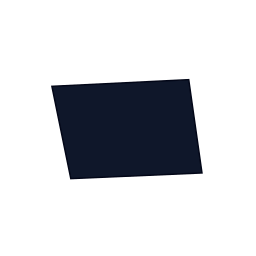 the district of Timisoara, Timis, Romania, rotated 213°
{"feature_id": "2599482B91737143557292", "entity_name": "Timisoara", "entity_type": "district", "adm_level": 2, "iso_a3": "ROU", "parent_name": "Romania", "parent_adm1": "Timis", "projection": "natural_earth1", "projection_center": [21.325, 45.796], "detail": "fine", "context": "isolated", "style": "filled", "palette": "ink", "viewbox_px": 256, "rotation_deg": 213, "n_neighbors": 0, "source": "geoboundaries", "source_scale": "gbopen_adm2", "svg_char_len": 229}
<svg xmlns="http://www.w3.org/2000/svg" viewBox="0 0 256 256"><g transform="rotate(213 128 128)"><path d="M214.5,121.5L148.4,54.4L41.5,130.6L103.4,201.6L214.5,121.5Z" fill="#0f172a" stroke="#020617" stroke-width="1.5"/></g></svg>